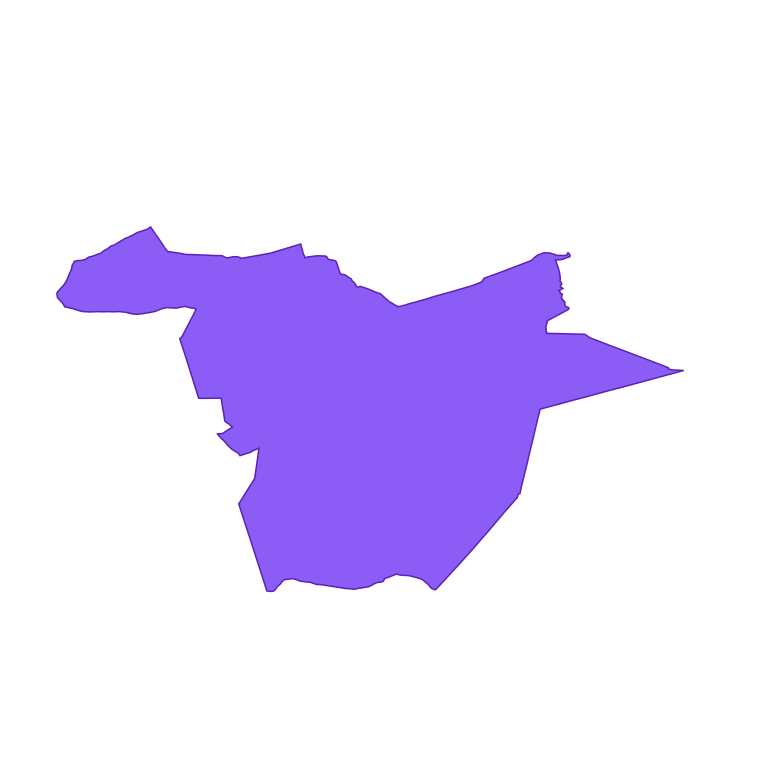 the district of Wajir North, North-Eastern, Kenya, rotated 75°
{"feature_id": "3690345B77349779921322", "entity_name": "Wajir North", "entity_type": "district", "adm_level": 2, "iso_a3": "KEN", "parent_name": "Kenya", "parent_adm1": "North-Eastern", "projection": "equal_earth", "projection_center": [39.341, 2.99], "detail": "fine", "context": "isolated", "style": "filled", "palette": "violet", "viewbox_px": 768, "rotation_deg": 75, "n_neighbors": 0, "source": "geoboundaries", "source_scale": "gbopen_adm2", "svg_char_len": 6169}
<svg xmlns="http://www.w3.org/2000/svg" viewBox="0 0 768 768"><g transform="rotate(75 384 384)"><path d="M462.3,555.4L499.0,553.4L553.6,550.7L554.7,548.0L555.0,547.0L555.4,545.7L555.5,544.6L555.1,543.4L554.5,542.3L553.6,541.2L552.6,540.1L551.7,538.8L551.1,537.3L550.4,536.0L549.7,535.0L548.6,533.8L548.1,532.9L547.8,532.0L547.3,531.2L547.7,527.5L548.2,524.1L548.3,522.9L548.9,521.6L549.8,520.2L550.4,518.9L551.3,518.0L552.0,517.1L553.1,515.3L553.8,513.3L554.7,511.3L556.5,506.5L557.0,505.5L557.7,504.9L558.8,503.0L559.3,502.2L559.8,501.8L560.2,501.0L561.1,498.0L562.2,495.2L571.9,473.3L572.6,471.1L574.7,465.2L574.7,463.2L574.7,461.7L575.3,457.4L575.5,453.5L575.9,451.7L575.6,450.4L575.5,448.8L575.1,447.7L574.1,443.4L574.1,442.2L574.2,440.6L574.6,437.6L574.5,436.4L574.3,435.7L573.6,435.0L572.1,433.8L571.9,433.1L572.0,431.0L571.9,429.5L571.7,427.8L571.4,425.9L571.3,424.5L570.9,422.5L570.9,421.6L571.1,420.8L572.8,417.7L574.2,413.8L574.6,412.3L575.1,410.7L576.6,407.6L579.0,403.5L579.7,402.1L581.3,399.6L582.4,398.1L583.7,396.9L588.8,393.4L591.9,391.9L593.4,391.3L594.7,389.7L596.1,387.9L595.8,387.1L594.2,384.4L587.3,373.4L577.5,358.0L567.1,342.0L556.6,326.5L555.5,324.7L538.5,300.2L528.3,284.8L525.1,282.7L525.1,281.1L517.7,277.3L498.2,266.5L488.5,261.4L477.1,255.1L455.5,243.5L450.9,240.8L449.4,240.1L449.1,240.0L448.8,240.0L448.7,236.3L448.6,205.3L448.7,187.6L448.6,171.9L448.7,140.6L448.6,120.1L448.5,91.0L444.9,102.1L442.9,105.7L441.9,105.2L439.7,108.0L421.3,133.5L404.7,156.6L403.1,158.6L402.2,160.0L393.9,171.5L392.4,173.3L388.1,177.0L387.0,180.3L382.6,195.2L377.9,211.2L377.1,213.7L375.6,213.5L374.0,213.5L372.6,213.1L371.5,212.9L370.4,212.7L365.1,209.6L364.6,207.4L359.8,186.7L359.1,186.0L358.1,185.8L356.2,188.3L355.5,188.8L353.5,188.7L352.7,188.5L351.9,188.0L351.1,188.9L350.0,188.7L349.1,190.0L348.6,189.8L347.8,189.7L347.0,190.2L346.3,190.2L343.2,188.5L342.4,190.2L340.9,190.0L338.9,190.9L338.7,189.0L338.0,186.4L337.3,187.0L336.7,187.7L335.9,188.3L335.1,188.3L334.5,187.8L333.6,186.4L332.6,186.6L331.4,186.6L330.9,187.0L330.2,187.3L328.3,186.6L326.0,186.1L323.8,185.8L321.6,185.6L316.9,185.6L310.7,186.1L308.4,186.1L309.1,183.9L309.8,180.1L309.8,178.1L309.4,176.3L309.2,171.9L308.6,171.2L307.8,170.9L306.3,171.4L305.4,171.8L304.9,172.4L305.6,173.2L306.5,173.6L306.7,174.6L306.7,175.6L306.4,177.3L305.8,179.4L305.2,180.5L305.0,181.9L304.8,182.8L304.2,184.0L302.5,186.3L302.1,187.4L300.5,189.6L300.0,190.7L299.6,192.6L298.8,195.1L298.7,195.8L298.7,196.9L299.0,199.5L299.2,202.2L300.8,206.0L300.9,206.3L301.8,207.5L302.3,208.4L302.8,209.8L303.0,211.2L303.8,218.8L305.7,237.2L306.9,249.1L306.9,250.4L307.1,252.6L307.3,254.1L307.5,257.3L307.7,259.4L307.7,259.8L308.1,260.4L309.7,262.1L310.4,263.0L310.6,263.4L310.8,264.6L311.1,266.2L311.6,271.3L311.9,275.2L311.9,276.6L312.3,294.2L312.4,307.4L312.5,313.3L312.9,322.6L313.0,331.7L313.0,338.6L313.2,343.5L313.1,350.2L312.1,351.2L310.4,353.2L308.7,354.6L306.9,356.5L305.6,357.7L302.3,360.0L296.0,364.0L295.7,364.3L294.3,366.6L293.2,368.1L288.7,373.9L285.8,378.1L283.7,381.5L283.6,381.8L283.7,383.8L283.6,384.3L283.2,384.9L282.6,385.3L282.3,385.7L281.9,385.7L281.2,385.5L279.8,385.9L278.4,386.6L276.0,388.1L275.6,388.2L274.5,388.3L274.0,388.5L273.1,389.3L271.2,391.2L269.5,392.4L268.6,393.2L267.9,394.5L267.2,396.1L266.3,397.7L254.4,398.4L253.0,398.7L252.7,398.8L252.5,399.1L251.2,401.1L250.1,403.9L249.5,404.9L249.0,405.3L248.3,405.8L247.7,406.1L246.8,406.2L246.0,406.6L245.4,407.3L245.0,408.1L244.2,410.9L243.4,413.4L243.0,415.0L242.7,416.4L241.6,424.1L241.5,427.8L239.9,427.7L237.7,428.2L236.1,428.3L233.8,428.2L230.8,428.3L227.3,428.2L227.3,430.6L228.2,458.7L228.2,460.5L227.2,472.3L225.9,486.9L225.7,489.4L224.9,490.0L224.0,491.2L223.3,492.4L222.8,493.7L222.4,495.2L222.0,496.9L221.9,498.2L221.8,501.4L221.6,502.4L221.3,503.2L221.0,503.9L220.5,504.7L218.8,506.4L218.1,507.4L217.9,507.8L216.4,513.3L209.8,534.3L207.7,541.4L206.3,544.5L205.3,546.3L204.5,548.3L200.7,557.0L200.0,558.8L198.5,559.3L197.8,559.7L195.8,560.5L187.7,563.2L185.4,564.0L171.9,568.8L172.8,571.1L173.1,572.4L173.5,576.4L173.7,580.2L173.7,581.2L173.8,582.3L174.4,585.6L175.3,587.9L175.6,590.9L176.1,592.7L176.2,594.8L176.3,596.1L177.1,598.6L177.3,599.8L178.1,602.2L178.8,604.8L179.9,608.3L180.0,609.9L179.9,611.3L180.4,612.7L181.9,616.2L182.1,617.4L182.3,618.5L182.8,620.2L183.3,621.4L183.8,622.5L184.1,623.2L184.3,623.9L184.5,625.4L184.5,627.0L184.8,629.3L185.1,631.8L185.0,635.3L185.1,636.7L185.4,637.9L186.2,639.7L186.3,640.0L186.3,640.4L186.3,641.8L186.2,644.8L186.0,646.0L185.7,646.9L185.5,647.7L185.4,650.1L185.3,650.9L185.3,651.4L186.6,652.3L188.5,654.4L190.0,655.2L191.4,655.7L193.8,657.4L196.3,659.5L201.4,663.3L203.6,665.5L205.1,667.2L206.3,668.8L207.4,670.8L208.6,672.6L210.7,675.7L211.5,676.3L212.4,676.7L214.4,676.9L216.0,677.0L217.3,676.4L221.6,674.1L223.0,673.5L224.0,673.1L227.0,672.3L227.5,671.0L228.1,669.8L229.8,666.9L230.6,665.2L233.0,661.5L235.0,658.2L235.8,656.8L236.6,654.8L237.0,653.2L238.3,649.4L238.7,647.8L238.9,646.4L239.3,645.2L239.8,642.4L240.4,640.7L241.3,637.5L242.5,632.5L244.4,626.2L245.1,622.8L245.5,621.3L247.4,616.0L248.2,614.4L249.9,611.4L251.4,608.3L252.1,606.6L252.8,604.1L253.7,598.7L253.9,595.3L254.4,591.1L254.6,587.1L254.6,585.7L254.4,584.0L253.9,580.2L253.8,576.7L253.9,574.8L254.1,573.7L254.6,572.2L255.6,569.3L256.7,565.8L256.9,564.9L257.1,563.6L257.0,562.2L257.3,559.2L257.3,557.7L257.5,556.6L258.0,555.4L259.1,553.2L260.4,551.2L260.8,550.2L261.1,549.2L261.6,548.3L262.3,547.1L263.4,546.2L286.2,567.1L287.4,569.6L304.9,568.6L349.8,566.7L350.1,565.7L351.3,561.5L355.5,545.0L368.5,546.3L369.8,546.3L374.5,546.9L376.2,547.2L378.5,547.3L379.2,547.1L380.1,546.4L382.4,544.3L383.7,543.4L385.8,542.1L386.6,541.5L386.9,542.3L387.0,543.8L388.0,546.8L388.6,548.4L388.9,549.7L389.8,551.8L390.0,554.0L389.5,555.6L389.1,556.8L389.2,557.9L390.4,557.4L391.4,556.9L392.3,556.2L393.5,555.8L394.9,555.1L395.7,554.4L396.8,553.7L400.5,551.8L403.3,550.6L406.6,548.5L408.1,547.4L409.1,546.5L410.6,545.1L411.8,543.9L412.8,543.0L414.5,542.1L415.9,541.7L415.8,538.4L415.3,529.9L414.7,528.6L414.0,524.0L413.6,521.5L418.4,523.4L441.7,533.3L462.3,555.4Z" fill="#8b5cf6" stroke="#5b21b6" stroke-width="1.5"/></g></svg>